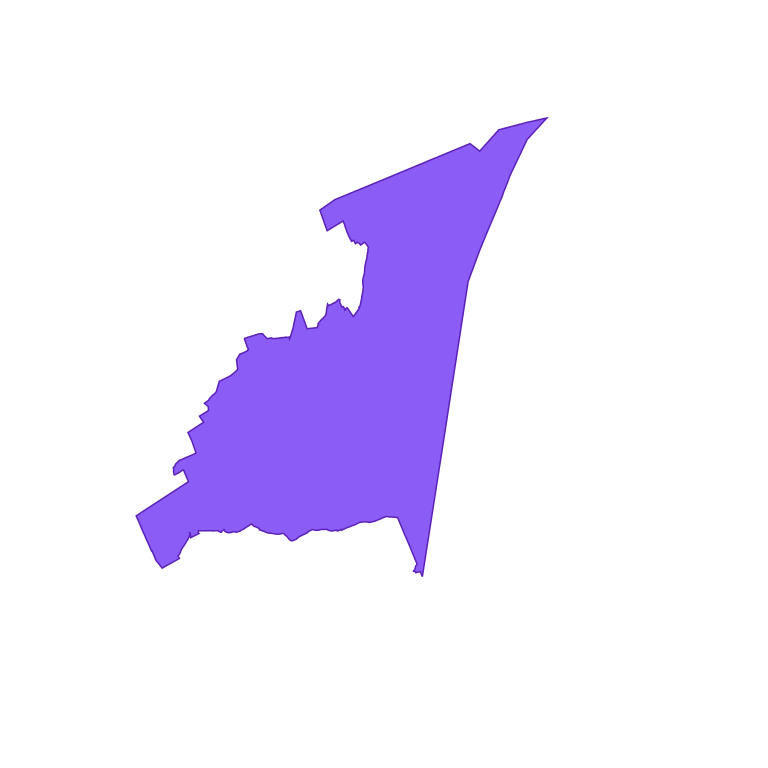 General Pánfilo Natera, Zacatecas, Mexico, rotated 54°
{"feature_id": "50627088B90633980293506", "entity_name": "General Pánfilo Natera", "entity_type": "district", "adm_level": 2, "iso_a3": "MEX", "parent_name": "Mexico", "parent_adm1": "Zacatecas", "projection": "equal_earth", "projection_center": [-102.129, 22.703], "detail": "fine", "context": "isolated", "style": "filled", "palette": "violet", "viewbox_px": 768, "rotation_deg": 54, "n_neighbors": 0, "source": "geoboundaries", "source_scale": "gbopen_adm2", "svg_char_len": 5987}
<svg xmlns="http://www.w3.org/2000/svg" viewBox="0 0 768 768"><g transform="rotate(54 384 384)"><path d="M264.5,95.9L263.3,98.6L256.6,114.1L249.4,132.5L245.8,141.7L251.9,169.7L240.1,173.1L230.3,213.8L222.3,247.4L221.8,249.9L221.7,250.0L206.0,315.3L205.6,333.7L210.7,335.2L216.5,336.9L218.3,337.5L220.1,338.1L222.0,338.5L223.9,339.1L225.7,339.7L226.6,339.9L228.1,321.2L232.0,322.3L234.3,323.0L235.3,323.4L235.8,323.5L236.9,323.8L239.0,324.5L241.2,325.0L243.7,325.6L245.6,325.9L249.1,326.4L249.6,326.3L249.9,324.1L253.7,324.6L253.8,323.2L253.8,322.4L255.4,321.4L256.1,321.3L257.8,321.3L257.8,320.9L257.9,320.1L257.9,317.7L257.9,316.3L258.1,316.2L259.2,316.2L260.9,316.2L262.8,316.2L264.0,316.2L264.7,316.9L266.0,318.3L267.1,318.6L267.7,319.8L270.4,322.4L270.5,322.5L272.8,324.7L273.5,325.7L274.5,326.8L276.0,328.5L276.5,329.0L277.7,330.4L278.6,331.2L278.7,331.3L281.5,333.5L282.8,334.6L283.0,334.9L284.0,336.2L284.3,336.6L286.1,338.7L287.3,339.9L288.2,340.7L289.3,341.4L289.8,341.7L290.5,342.2L291.5,342.8L291.9,343.0L292.7,343.3L293.5,343.9L295.0,345.2L296.3,346.4L297.4,347.5L297.7,347.8L298.0,348.1L299.5,349.8L300.0,350.4L301.0,351.3L302.3,352.5L303.1,353.5L303.7,354.2L304.5,355.0L306.6,357.3L306.9,357.9L306.9,358.2L307.3,358.5L307.1,359.2L308.3,359.7L309.7,363.8L309.7,364.0L311.5,369.0L311.4,369.2L311.1,369.2L307.9,369.1L306.6,369.1L305.3,369.0L303.6,369.0L301.3,368.9L301.0,368.9L300.6,369.0L300.6,369.3L300.6,369.8L300.5,371.0L301.0,371.1L301.2,372.2L299.4,371.7L297.6,371.3L297.1,372.7L295.1,372.4L292.2,371.9L291.0,371.0L289.9,370.2L289.2,370.6L288.8,370.9L288.9,371.4L289.4,375.4L289.2,375.4L288.1,382.6L286.1,382.6L289.9,386.6L291.0,387.5L292.0,388.5L293.6,390.1L294.4,391.9L294.6,392.7L294.6,393.4L295.0,394.8L295.1,396.0L295.1,396.7L295.9,400.0L296.3,401.3L296.6,402.2L297.7,402.5L298.9,405.3L294.1,413.7L275.7,408.4L275.1,410.1L274.3,412.6L277.4,415.9L277.9,416.5L279.5,418.3L280.4,419.4L281.5,420.5L282.9,422.1L283.9,423.2L285.1,424.4L286.7,426.6L288.2,428.6L289.2,429.9L289.6,430.4L289.6,430.5L290.6,431.7L292.1,434.0L290.3,433.2L290.3,433.3L289.8,434.2L289.0,435.5L288.7,435.4L287.6,437.5L286.4,439.5L284.9,442.3L283.4,444.9L282.5,446.4L282.3,446.9L281.0,447.8L280.4,448.0L280.1,448.9L279.8,449.5L278.7,451.7L277.9,452.0L276.3,452.2L273.7,452.6L272.6,452.6L271.9,452.7L271.7,453.0L271.4,453.4L271.1,453.8L270.4,455.1L270.1,455.7L269.8,455.9L269.7,456.4L269.6,456.7L269.4,457.1L269.3,457.5L269.2,458.0L269.1,458.3L268.9,458.6L268.8,458.8L268.5,460.1L265.7,468.0L265.7,468.5L265.2,470.0L265.4,470.4L274.0,473.0L274.7,473.1L275.2,472.9L275.4,472.8L276.0,473.1L276.3,473.5L276.2,473.7L276.5,473.9L276.6,474.1L276.4,474.4L276.5,474.7L276.7,475.2L276.7,475.9L276.6,476.5L276.4,477.5L276.2,479.0L275.9,480.1L275.7,480.9L275.6,481.5L275.3,482.2L275.1,483.2L277.7,489.1L279.6,490.1L282.9,492.0L286.1,493.7L286.7,496.9L286.9,499.4L287.1,503.2L286.6,506.8L285.0,515.6L288.5,520.2L290.6,522.8L291.6,524.2L292.3,526.4L292.3,528.9L293.2,533.7L293.4,534.2L294.1,535.4L294.0,540.6L298.9,539.5L302.3,541.6L301.5,552.2L305.2,552.4L308.9,552.4L308.0,571.1L317.0,572.9L329.4,576.6L328.5,581.3L328.1,583.1L327.4,586.3L325.8,593.6L325.5,593.9L325.6,595.5L325.9,597.3L326.1,598.6L326.3,599.8L327.1,600.9L327.5,601.4L327.6,602.4L327.8,603.6L328.5,603.8L329.3,604.4L330.1,604.9L330.6,605.2L331.2,605.9L331.9,606.2L332.6,606.5L333.6,607.0L334.5,606.8L335.3,601.4L335.3,598.6L335.3,597.9L335.7,596.7L344.0,598.7L346.9,599.3L348.1,599.6L345.6,648.5L345.0,662.0L352.9,663.7L353.3,663.8L358.7,665.1L366.7,666.8L369.1,667.4L370.5,667.7L373.2,668.2L375.0,668.6L377.5,669.1L381.1,670.0L382.4,670.2L382.4,669.8L383.3,670.0L384.2,670.1L385.1,670.3L387.1,670.8L388.1,671.0L389.1,671.2L390.0,671.4L390.0,671.5L390.9,671.8L391.8,671.9L392.5,672.1L393.8,672.1L396.5,671.9L397.8,671.9L399.0,671.8L400.1,671.8L402.6,671.7L404.9,652.0L402.2,651.8L401.2,648.7L400.0,647.1L399.4,646.1L398.6,644.8L398.1,643.5L398.0,643.2L397.3,641.1L396.8,639.8L396.3,638.4L395.6,637.2L395.3,636.3L394.3,633.7L393.1,631.5L392.3,630.3L391.4,629.2L390.9,628.8L390.3,628.7L390.8,628.4L394.7,630.7L396.2,621.6L395.8,621.8L395.1,621.6L394.6,621.4L394.7,621.2L393.7,620.3L397.4,615.3L401.6,609.3L402.0,609.2L404.9,604.7L405.4,604.6L405.6,604.6L407.2,603.8L408.3,602.8L407.8,601.3L407.8,599.1L409.9,599.3L411.6,598.4L413.2,596.9L413.7,595.8L414.4,594.8L414.7,593.1L415.6,591.9L417.3,590.4L417.6,589.1L418.4,587.2L418.5,586.8L418.4,585.6L418.5,584.5L418.9,582.3L418.9,580.5L419.0,579.0L419.2,576.8L419.3,574.5L419.6,573.2L420.7,573.0L421.8,573.2L422.9,572.7L424.8,571.3L427.5,569.9L428.7,570.5L431.9,568.3L432.9,567.6L434.3,566.8L436.1,565.6L437.4,564.3L439.1,562.3L440.8,560.8L442.2,559.3L443.1,558.1L444.0,556.8L444.4,555.8L444.8,555.3L445.1,554.0L445.5,553.4L446.1,553.0L447.2,552.9L448.6,552.7L450.0,552.2L451.2,552.1L452.7,552.1L454.4,552.0L456.2,551.3L457.2,549.8L458.0,546.3L457.8,544.6L457.7,542.3L457.9,541.1L458.4,538.1L458.9,536.1L459.2,533.9L459.4,533.1L458.8,532.0L459.2,530.2L459.5,527.7L460.3,527.0L461.6,525.9L462.5,524.9L463.7,523.1L464.3,521.9L464.4,520.9L465.6,519.1L467.2,516.9L468.1,515.5L468.7,515.5L470.9,514.0L472.4,512.5L473.1,510.7L474.0,509.1L474.6,508.8L475.1,507.4L475.8,507.6L476.6,504.0L477.4,504.2L478.0,500.9L478.7,497.7L479.5,495.0L479.9,492.8L480.5,491.3L481.0,489.6L481.2,487.2L481.8,484.8L483.0,482.5L484.1,480.8L485.4,479.0L487.4,477.3L488.8,473.8L489.5,472.4L490.3,469.0L491.1,466.1L491.6,463.4L492.5,460.0L493.6,458.9L494.9,457.6L496.1,455.9L497.7,454.2L498.8,452.9L499.7,451.8L500.5,451.6L502.6,452.1L516.4,455.4L526.7,457.7L547.1,462.6L549.4,463.1L549.8,465.3L550.7,466.4L551.7,467.2L552.3,468.7L552.4,469.5L552.8,470.2L554.3,469.0L555.5,469.1L555.8,467.5L556.5,466.4L557.0,465.0L558.9,465.4L560.1,465.6L560.6,465.7L561.5,465.9L562.4,466.2L458.5,362.8L424.8,329.4L394.2,299.0L350.7,255.9L331.9,227.7L327.3,220.3L319.8,208.0L310.4,192.4L303.9,181.9L302.0,178.5L301.4,177.6L299.6,175.3L293.6,165.8L289.4,159.5L270.3,124.4L264.5,95.9Z" fill="#8b5cf6" stroke="#5b21b6" stroke-width="1.5"/></g></svg>